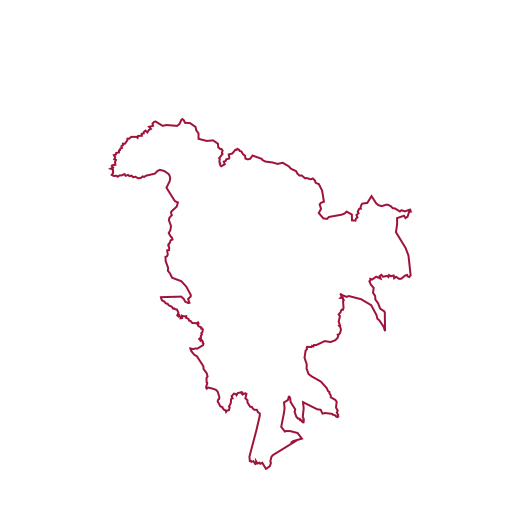 San Jerónimo Xayacatlán, Puebla, Mexico (Robinson projection), rotated 317°
{"feature_id": "50627088B57891806628735", "entity_name": "San Jerónimo Xayacatlán", "entity_type": "district", "adm_level": 2, "iso_a3": "MEX", "parent_name": "Mexico", "parent_adm1": "Puebla", "projection": "robinson", "projection_center": [-97.931, 18.205], "detail": "fine", "context": "isolated", "style": "outline", "palette": "rose", "viewbox_px": 512, "rotation_deg": 317, "n_neighbors": 0, "source": "geoboundaries", "source_scale": "gbopen_adm2", "svg_char_len": 6120}
<svg xmlns="http://www.w3.org/2000/svg" viewBox="0 0 512 512"><g transform="rotate(317 256 256)"><path d="M381.3,291.0L373.6,293.1L369.5,290.2L368.1,290.4L365.0,292.1L364.9,292.8L363.4,291.9L360.6,293.0L360.2,294.6L357.4,294.6L356.5,297.0L354.9,296.8L352.8,297.9L350.5,295.4L354.4,291.0L352.5,285.3L350.0,285.4L347.0,284.3L336.0,277.2L333.3,277.3L330.9,274.5L331.2,267.4L335.8,265.8L337.7,261.7L339.7,261.4L342.7,262.6L349.0,253.2L351.0,246.2L349.8,243.9L349.7,242.5L350.6,241.2L350.4,238.0L348.4,237.3L346.1,233.4L344.9,232.7L344.3,228.2L342.7,226.9L342.4,224.3L343.2,221.2L341.1,216.2L341.1,212.7L339.1,206.0L334.6,203.4L331.8,198.8L327.2,193.2L326.2,190.3L326.4,188.8L322.0,180.2L318.0,180.9L315.9,179.7L314.7,177.6L316.4,175.2L315.9,172.6L316.6,169.6L315.7,168.1L316.1,166.8L315.4,164.9L314.1,165.2L313.4,164.2L308.6,164.9L305.3,163.1L303.5,166.1L302.4,166.3L300.2,165.0L298.6,165.8L296.8,165.0L295.7,167.6L291.8,166.7L291.8,164.9L293.1,163.8L292.9,162.9L293.8,161.8L295.6,160.5L295.7,159.3L301.1,158.6L301.3,157.4L303.5,156.1L303.7,154.2L302.9,153.5L302.5,150.8L304.7,147.9L303.5,142.2L298.4,138.2L293.9,131.1L297.6,127.1L298.1,123.1L299.8,120.4L298.4,113.8L294.9,110.1L295.8,107.6L295.6,105.7L294.3,105.5L290.1,107.3L287.0,107.0L279.9,99.2L276.5,97.1L274.2,89.0L272.9,88.4L270.7,88.5L269.5,90.6L265.9,88.6L265.8,91.4L263.5,90.8L260.8,91.5L260.7,88.9L258.4,88.8L257.5,89.8L255.7,88.7L254.5,90.2L251.7,87.8L250.0,88.8L249.9,87.4L246.0,83.8L243.3,83.7L242.0,82.5L240.9,83.6L236.7,84.5L235.3,83.1L234.6,84.1L232.5,83.9L231.6,85.5L230.0,84.9L228.7,85.8L227.8,85.4L226.4,86.8L224.1,85.3L222.6,86.2L220.9,85.3L220.4,87.7L218.3,88.6L219.1,90.2L216.9,91.2L215.4,93.4L212.8,91.6L212.0,91.7L211.8,93.8L209.2,93.0L210.4,95.1L208.1,97.9L205.8,98.3L206.5,100.4L208.7,102.2L208.9,103.7L211.1,104.0L212.8,105.5L215.7,106.4L215.3,108.4L217.8,109.5L217.9,111.3L219.8,112.4L219.8,114.6L221.7,115.6L223.0,119.0L225.5,120.5L227.4,120.5L228.1,121.9L230.4,122.3L238.2,126.8L241.7,126.6L244.4,127.4L246.9,131.3L248.0,136.4L247.6,138.3L246.2,140.7L243.9,142.4L237.1,145.0L234.1,160.5L235.4,163.6L231.7,165.8L224.7,165.7L223.4,166.3L222.3,168.7L218.7,169.0L216.7,170.4L214.3,176.1L211.0,178.7L207.8,179.7L206.9,183.8L207.1,185.1L206.2,187.0L204.2,186.3L202.0,187.6L200.4,187.6L199.8,188.5L199.1,188.3L198.1,190.9L196.4,192.4L194.9,191.3L192.4,194.8L190.8,195.5L189.2,194.9L186.4,198.2L183.6,204.8L181.5,206.7L181.2,210.2L179.8,214.7L184.2,223.5L184.1,231.0L181.7,240.1L180.6,241.1L177.1,241.1L175.4,244.8L174.4,244.2L173.1,241.3L173.9,237.9L173.6,234.7L158.4,221.3L157.5,222.8L157.0,224.6L157.9,226.7L157.7,229.1L158.8,230.7L158.5,232.4L159.8,235.6L159.5,238.1L160.4,238.4L160.6,239.8L161.7,241.3L160.6,244.5L157.9,245.8L158.0,246.9L159.2,246.1L159.6,246.5L158.9,247.7L159.4,249.1L158.3,250.1L159.6,251.0L161.1,249.1L162.2,251.1L163.9,252.4L162.7,253.4L163.7,255.9L163.0,257.7L163.8,258.8L163.7,261.5L166.5,264.5L168.4,265.1L167.9,266.3L166.5,266.4L166.1,268.1L167.3,271.1L166.4,271.7L167.1,273.4L164.8,275.2L163.3,275.2L162.9,276.5L161.1,276.8L160.1,278.1L157.9,277.9L157.7,280.2L159.0,280.1L158.7,282.5L157.8,283.0L157.8,284.3L156.4,285.1L149.8,283.7L148.9,282.5L146.2,281.0L145.0,278.8L144.7,279.2L143.8,281.5L143.5,286.2L144.4,288.9L142.3,300.8L140.6,302.8L140.0,308.1L138.4,311.1L136.4,311.6L133.8,314.7L133.8,315.6L129.9,318.0L129.5,319.4L131.3,319.6L132.9,321.9L135.4,326.4L135.5,328.9L133.0,334.2L131.6,335.4L130.4,335.2L128.8,336.2L127.4,341.7L128.4,343.8L127.8,344.7L127.8,347.1L128.5,348.1L127.8,349.6L129.3,349.3L131.1,350.3L133.5,348.8L133.5,347.7L137.4,346.3L140.0,343.8L141.1,343.5L141.8,344.1L142.6,341.9L146.0,341.6L147.0,343.0L146.8,344.5L149.1,343.8L152.7,345.8L152.9,346.4L151.8,346.7L151.7,348.2L154.5,349.0L154.9,350.4L151.2,352.8L151.4,355.7L149.9,357.2L148.9,362.1L150.1,363.7L149.6,365.6L149.9,367.4L151.7,369.0L150.9,371.6L151.4,373.7L150.1,375.2L137.3,383.8L114.3,398.3L111.7,401.7L112.5,402.3L112.2,403.4L114.2,404.3L113.6,407.7L114.6,407.9L116.1,406.2L115.6,408.8L117.6,409.5L117.4,410.9L119.6,411.5L118.1,418.4L118.8,418.7L122.9,419.1L125.8,417.5L126.5,415.9L130.5,413.3L132.9,413.2L157.2,418.1L155.9,416.6L156.9,416.7L165.0,420.9L165.7,413.8L161.6,407.4L158.4,404.3L157.4,404.1L157.9,398.2L170.0,389.4L173.2,386.7L176.6,382.2L181.1,383.1L184.0,381.3L184.5,381.6L183.9,383.5L181.7,386.4L180.1,394.9L177.9,396.4L175.9,401.0L175.8,403.7L176.6,404.1L177.0,405.5L176.3,406.2L177.3,407.3L176.7,407.9L176.8,409.6L177.3,410.1L178.0,409.6L179.8,407.7L180.4,405.6L187.0,399.9L190.7,395.0L196.2,409.8L198.4,412.5L197.2,416.7L199.4,417.9L204.1,423.5L203.9,424.3L205.1,426.2L205.1,428.2L205.7,429.4L206.4,429.5L206.3,428.6L207.7,428.3L208.3,425.6L210.3,424.8L211.1,421.5L215.6,417.6L215.9,415.4L214.3,410.4L215.6,408.9L216.1,406.4L216.9,405.7L216.6,403.7L217.6,401.1L217.8,392.1L214.6,382.0L214.0,378.1L216.2,372.8L219.2,369.9L222.1,363.5L227.8,359.0L229.7,358.9L230.6,357.5L231.5,357.3L234.4,360.4L235.8,359.9L236.3,361.3L237.8,360.7L239.2,362.2L248.2,365.1L251.9,369.8L256.6,371.7L259.8,371.5L261.7,370.5L262.1,369.3L263.5,369.9L265.3,369.5L267.9,367.8L269.1,365.5L269.2,363.7L270.1,364.1L271.7,360.4L276.4,357.2L276.6,355.1L279.6,354.8L281.3,353.8L282.4,353.8L282.8,354.6L284.5,353.8L288.8,348.5L290.1,348.2L289.9,347.4L291.0,345.8L289.3,344.3L290.9,344.2L292.1,340.9L292.0,342.5L294.3,347.6L296.6,348.6L303.4,359.3L306.7,370.5L303.8,381.5L302.0,384.6L302.3,387.1L301.1,394.7L299.1,399.0L311.8,385.0L312.0,383.6L310.9,379.2L313.1,373.7L313.6,369.2L315.9,366.5L316.5,362.7L320.3,359.6L320.5,355.1L321.7,351.8L323.0,351.8L324.0,350.7L324.9,352.4L329.8,353.1L331.7,357.5L332.7,355.0L334.9,355.3L334.7,357.8L338.3,359.9L338.5,361.7L340.3,360.7L341.0,362.9L343.4,364.2L341.9,366.5L344.3,366.8L345.1,370.4L346.8,371.7L351.8,372.0L353.6,372.9L353.0,374.3L353.7,375.9L355.9,375.6L367.8,359.7L370.9,352.1L374.6,334.0L380.8,329.1L385.0,324.5L391.7,327.5L391.2,330.2L393.7,330.6L398.1,328.1L399.5,329.1L400.0,328.0L400.3,327.1L395.3,324.9L393.6,321.7L391.6,321.6L390.1,316.1L388.6,314.2L388.5,311.3L387.5,308.7L386.4,307.4L382.0,305.3L380.2,302.4L379.8,299.5L381.3,291.0Z" fill="none" stroke="#9f1239" stroke-width="2"/></g></svg>